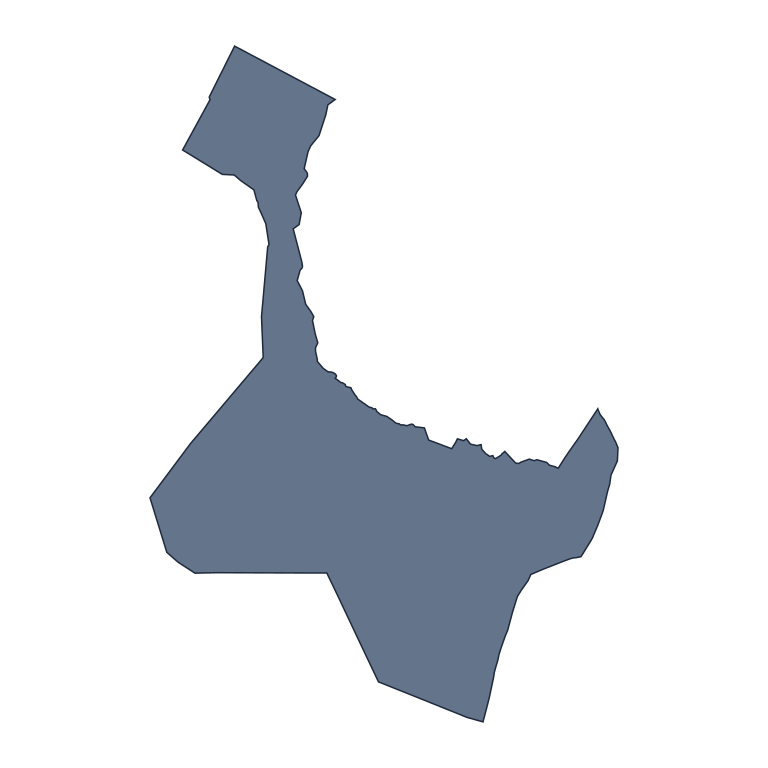 outline of Aldama, Chiapas, Mexico
{"feature_id": "50627088B76815062808044", "entity_name": "Aldama", "entity_type": "district", "adm_level": 2, "iso_a3": "MEX", "parent_name": "Mexico", "parent_adm1": "Chiapas", "projection": "orthographic", "projection_center": [-92.681, 16.932], "detail": "fine", "context": "isolated", "style": "filled", "palette": "slate", "viewbox_px": 768, "rotation_deg": 0, "n_neighbors": 0, "source": "geoboundaries", "source_scale": "gbopen_adm2", "svg_char_len": 2761}
<svg xmlns="http://www.w3.org/2000/svg" viewBox="0 0 768 768"><path d="M234.6,46.1L231.1,53.2L226.2,62.9L223.4,68.7L219.1,77.1L216.0,83.4L214.5,86.4L209.2,97.1L210.1,99.6L182.6,150.0L222.3,174.4L234.2,175.0L240.7,180.6L253.9,189.9L256.8,200.6L258.0,202.3L258.4,207.3L261.1,213.0L265.8,223.7L269.0,244.5L267.7,246.8L261.5,316.6L263.2,357.6L189.8,444.4L189.5,444.9L150.0,497.8L166.8,552.3L178.2,562.3L184.5,566.4L195.0,573.2L201.2,573.0L217.4,572.7L309.2,573.0L326.8,573.0L339.1,598.6L351.5,624.9L357.9,638.5L378.5,681.9L422.3,699.4L467.0,717.4L483.0,721.9L486.4,709.0L487.7,703.9L489.5,696.7L490.8,690.5L493.4,678.4L494.4,672.1L496.0,666.3L497.9,660.0L498.8,655.4L499.3,653.6L501.1,647.8L505.2,636.2L507.7,630.2L508.1,628.7L512.5,612.3L512.6,611.9L512.8,611.3L517.4,596.5L521.1,590.5L528.1,580.6L530.8,574.5L540.6,570.3L544.5,568.7L558.2,563.3L564.1,561.0L570.1,558.8L573.2,557.9L576.0,557.7L581.0,556.7L589.8,542.5L592.5,537.9L593.4,535.6L597.9,525.0L601.0,516.7L603.2,510.5L605.3,501.4L607.6,491.3L609.7,484.3L611.0,475.1L617.4,460.9L618.0,447.7L615.6,441.9L614.6,440.1L613.9,438.7L613.3,437.4L612.6,436.0L612.0,434.7L611.3,433.1L610.5,431.6L609.7,430.0L608.8,428.4L607.6,426.3L606.8,424.8L606.2,423.5L605.7,422.4L604.8,420.8L604.0,419.3L602.9,418.1L601.9,416.9L601.1,415.8L600.2,414.7L599.7,413.5L599.2,412.4L598.0,409.5L597.8,408.8L578.2,438.6L568.7,452.1L568.5,452.4L564.9,457.7L558.3,468.1L557.1,467.8L555.3,466.8L549.5,465.2L546.6,462.4L536.8,459.7L534.2,460.7L529.3,459.1L521.3,462.0L518.7,463.5L517.3,463.3L515.6,463.0L505.3,452.0L504.9,451.4L501.7,454.1L501.1,455.2L495.5,458.6L494.0,458.0L492.8,455.6L489.8,456.4L486.8,454.3L486.0,453.9L481.8,449.3L481.1,444.6L476.9,445.6L474.3,445.0L470.5,444.1L466.3,438.7L463.7,440.7L463.2,440.4L462.7,440.4L457.4,438.8L456.0,441.7L455.7,442.3L451.7,448.7L429.1,440.2L428.6,439.9L424.4,427.9L419.7,427.3L415.3,426.8L413.0,424.5L411.5,424.1L406.9,425.7L403.4,424.9L400.5,424.9L399.4,423.9L396.0,423.2L393.5,421.2L392.5,420.3L386.8,416.4L380.7,414.7L376.5,411.3L376.4,410.3L375.3,408.7L373.1,409.0L372.0,407.8L369.0,407.0L357.8,399.1L356.4,396.5L355.0,394.9L352.0,390.3L350.9,387.7L346.4,386.7L345.5,385.7L345.3,384.5L342.1,382.6L340.6,382.5L339.7,381.6L335.2,378.3L336.4,376.7L336.4,375.5L335.0,373.7L333.2,372.7L331.9,372.2L329.7,371.9L328.1,371.9L323.2,368.3L317.2,361.3L317.4,359.9L315.5,351.0L315.6,347.5L317.8,342.8L315.2,333.8L312.5,320.5L313.8,316.7L311.1,311.9L309.1,309.0L305.7,304.3L302.5,290.8L297.2,280.6L300.1,270.2L302.1,268.0L302.5,266.1L301.8,261.8L293.2,228.8L299.1,224.6L301.3,212.8L295.5,195.0L296.9,191.8L302.7,183.9L307.5,176.3L307.4,173.2L304.2,168.7L308.1,151.5L310.8,145.7L319.0,135.7L325.9,114.5L327.9,104.8L335.2,99.5L234.6,46.1Z" fill="#64748b" stroke="#1e293b" stroke-width="1.5"/></svg>